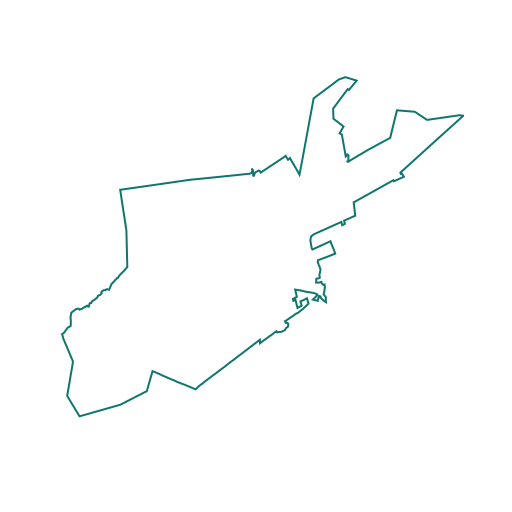 the district of Vicente Guerrero, Durango, Mexico, rotated 192°
{"feature_id": "50627088B72339914666987", "entity_name": "Vicente Guerrero", "entity_type": "district", "adm_level": 2, "iso_a3": "MEX", "parent_name": "Mexico", "parent_adm1": "Durango", "projection": "equal_earth", "projection_center": [-103.968, 23.727], "detail": "fine", "context": "isolated", "style": "outline", "palette": "teal", "viewbox_px": 512, "rotation_deg": 192, "n_neighbors": 0, "source": "geoboundaries", "source_scale": "gbopen_adm2", "svg_char_len": 5101}
<svg xmlns="http://www.w3.org/2000/svg" viewBox="0 0 512 512"><g transform="rotate(192 256 256)"><path d="M402.6,292.5L388.1,254.1L379.6,218.5L381.8,214.4L385.0,209.6L385.2,209.2L386.7,205.7L386.8,205.6L387.1,205.6L387.4,205.2L387.5,205.2L387.9,204.4L388.1,204.2L388.8,203.0L391.6,198.3L391.6,198.1L391.9,196.2L392.0,196.0L392.6,192.9L392.6,192.5L393.7,192.5L394.8,192.5L395.5,192.3L396.0,191.3L397.6,191.0L398.5,190.3L399.3,189.5L399.7,188.9L399.7,188.1L399.2,187.5L399.7,186.6L400.4,185.5L401.7,184.7L402.4,183.8L402.5,183.0L402.9,182.0L404.0,180.5L406.1,178.5L407.0,177.6L407.4,175.8L408.6,175.4L409.0,174.3L408.9,172.9L408.9,171.8L409.5,171.5L410.0,171.6L411.0,172.3L411.2,172.1L412.6,170.3L413.2,170.3L413.9,169.7L414.9,168.4L416.1,167.8L417.6,166.8L418.4,167.5L419.3,167.5L421.3,166.3L422.4,165.0L423.3,164.1L424.9,162.0L424.8,159.6L424.5,156.6L423.8,154.8L423.3,152.4L423.0,150.5L422.7,149.2L423.8,148.0L425.2,146.9L426.5,144.0L428.0,140.7L429.4,139.3L429.2,139.2L429.0,138.5L427.2,135.0L413.1,114.8L412.8,109.5L412.4,98.8L412.2,94.5L411.6,79.9L395.3,62.5L357.7,82.4L348.5,89.9L334.7,101.1L334.2,108.9L333.7,115.8L333.4,119.8L333.3,121.9L329.0,121.1L325.1,120.3L321.9,119.5L319.8,119.1L315.8,118.3L315.2,118.2L314.6,118.0L313.3,117.8L311.0,117.4L309.5,117.1L308.2,116.8L307.2,116.5L306.9,116.5L306.1,116.3L305.3,116.2L304.5,116.1L302.8,115.8L302.5,115.8L302.1,115.7L300.9,115.5L298.7,115.2L297.6,115.0L296.4,114.7L296.1,114.7L294.3,114.4L293.6,114.2L293.3,114.2L293.1,114.1L292.9,114.1L289.8,113.5L289.6,113.4L287.4,113.0L285.9,115.2L285.3,116.1L284.7,116.9L283.1,118.8L282.7,119.2L281.4,120.6L280.6,121.7L279.8,122.7L278.3,124.5L276.9,126.0L276.4,126.6L275.1,128.1L273.6,129.9L273.2,130.4L272.9,130.7L271.8,131.8L270.7,133.1L270.1,133.9L269.9,134.0L268.4,135.8L267.9,136.5L266.9,137.5L265.5,139.1L263.7,141.1L262.2,143.0L261.9,143.3L260.9,144.6L259.1,146.7L258.8,147.1L256.9,149.1L256.1,150.0L255.3,151.0L253.7,152.9L253.6,153.0L253.1,153.6L252.0,154.9L234.8,174.9L234.0,171.5L229.8,176.2L227.0,179.3L226.6,179.8L226.0,180.5L224.9,181.5L223.5,183.1L222.8,184.0L220.4,186.7L219.4,185.7L217.8,186.4L215.5,187.1L212.4,189.4L211.6,191.8L211.2,192.3L210.5,192.8L210.2,193.2L210.1,193.5L210.1,194.0L210.1,194.5L210.1,195.2L210.1,195.4L210.3,196.2L210.4,196.4L210.7,196.6L211.2,197.0L211.5,197.1L211.8,197.1L212.3,196.8L212.6,196.8L212.8,196.8L213.2,197.0L213.3,197.2L213.4,197.4L213.4,197.6L213.6,197.8L213.7,198.0L213.8,198.2L214.0,198.3L213.9,198.4L213.8,198.5L211.8,200.5L209.7,202.7L207.3,205.2L205.3,207.4L204.8,207.9L204.5,208.2L203.3,208.9L200.6,212.3L199.3,213.6L197.7,216.1L197.1,216.8L196.8,217.3L194.7,220.3L195.5,221.8L196.0,222.7L197.4,225.3L199.2,223.7L200.9,222.3L203.1,220.9L201.0,216.9L204.6,213.8L206.5,217.6L208.3,221.4L210.1,219.9L211.0,221.6L209.9,222.5L207.6,224.6L210.7,231.3L203.7,231.6L200.2,231.4L196.7,231.6L193.3,231.8L190.7,231.7L189.6,231.5L188.2,231.2L188.1,230.2L189.5,227.9L190.6,226.2L191.3,225.2L189.2,225.1L187.2,225.0L186.3,224.9L186.1,230.0L184.4,229.8L184.0,228.5L180.6,226.4L178.0,225.4L178.5,227.2L178.8,228.4L179.1,230.2L181.9,232.6L181.9,234.4L181.8,235.8L182.2,240.3L183.1,242.4L184.1,241.8L186.0,242.9L186.7,244.3L189.0,243.0L191.7,242.5L192.3,246.4L191.5,246.6L191.3,246.6L190.3,247.1L190.0,247.3L189.1,247.9L190.2,251.3L190.0,252.6L190.1,256.2L190.7,257.2L191.9,259.2L192.6,260.0L193.2,261.1L194.0,262.2L194.4,262.8L194.4,263.2L194.3,263.6L194.3,264.5L194.4,265.0L192.7,265.8L179.0,274.8L181.1,278.2L184.5,283.2L186.2,285.9L202.2,274.1L203.0,275.0L205.3,280.5L206.1,282.8L206.2,286.5L205.0,288.0L203.9,289.3L185.3,302.9L179.6,307.1L178.1,304.0L175.7,305.9L177.2,308.9L167.3,316.1L171.6,328.8L171.1,329.2L168.5,331.5L147.8,349.6L137.4,358.7L136.6,357.8L127.8,364.3L130.5,367.0L131.5,366.4L132.1,367.6L102.0,409.3L82.6,436.0L82.7,436.3L86.2,436.0L117.0,424.7L130.7,430.1L148.4,427.8L148.9,412.9L149.3,399.5L168.5,383.1L170.5,381.2L175.8,376.4L184.6,368.2L184.7,367.8L185.0,367.5L186.2,367.3L186.3,367.5L185.5,368.3L186.4,373.5L187.8,374.3L187.9,373.9L188.4,372.8L188.9,372.0L197.3,392.7L199.7,393.4L197.3,400.9L208.8,406.4L211.2,416.2L201.0,438.3L199.6,437.8L194.0,448.5L205.7,449.5L211.7,445.9L218.6,437.9L228.4,426.7L230.7,424.1L231.2,423.5L232.4,422.2L230.6,355.5L230.4,346.1L230.4,344.6L231.3,345.7L237.2,352.3L239.3,354.5L241.2,356.6L243.2,358.9L244.7,356.8L246.7,358.9L247.8,360.1L248.4,359.4L252.7,354.9L261.1,346.4L263.4,344.0L268.7,338.6L269.2,339.3L269.7,339.7L270.3,339.8L271.0,340.2L273.2,338.4L273.4,338.4L273.6,338.1L273.9,337.6L274.2,337.1L274.4,336.3L274.6,335.5L274.6,335.2L274.6,334.8L274.7,334.6L274.7,334.2L274.8,334.1L275.1,333.8L275.3,333.9L275.5,334.1L275.6,334.4L275.6,334.6L275.7,334.9L275.7,335.1L275.8,335.6L275.9,335.8L276.0,336.2L276.0,336.4L276.1,336.7L276.1,336.8L276.3,337.4L276.3,337.7L276.4,338.1L276.5,338.5L276.9,338.8L277.0,339.1L277.1,339.5L278.4,340.7L277.6,339.3L277.2,337.6L277.2,336.8L277.7,336.7L277.9,336.1L280.0,334.8L281.1,334.6L283.2,333.9L283.6,333.8L289.4,331.9L300.2,328.4L301.9,327.9L320.1,322.0L336.5,316.8L382.2,300.0L395.3,295.2L402.6,292.5Z" fill="none" stroke="#0f766e" stroke-width="2"/></g></svg>